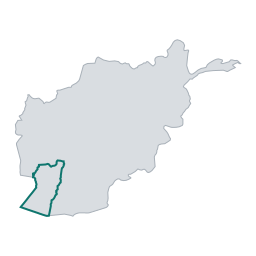 Afghanistan, with Nimroz highlighted
{"feature_id": "AFG-1751", "entity_name": "Nimroz", "entity_type": "Province", "adm_level": 1, "iso_a3": "AFG", "parent_name": "Afghanistan", "parent_adm1": "", "projection": "natural_earth1", "projection_center": [62.416, 30.83], "detail": "fine", "context": "in_parent", "style": "outline", "palette": "teal", "viewbox_px": 256, "rotation_deg": 0, "n_neighbors": 0, "source": "natural_earth", "source_scale": "10m", "svg_char_len": 6131}
<svg xmlns="http://www.w3.org/2000/svg" viewBox="0 0 256 256"><path d="M109.2,61.4L114.7,60.9L118.5,61.6L120.5,63.5L122.4,64.0L124.3,63.1L125.5,62.9L126.0,63.5L126.9,63.8L128.4,63.7L129.2,64.2L129.4,65.3L130.5,66.8L132.5,68.6L134.2,69.0L136.4,67.7L137.2,67.8L137.6,67.4L137.8,66.4L139.1,65.4L141.6,64.5L143.0,63.7L143.5,63.1L144.3,62.9L145.3,63.1L145.9,62.8L146.4,61.9L147.3,61.6L148.0,61.8L151.5,65.0L152.9,66.0L153.5,65.8L155.2,64.0L155.4,62.4L154.8,60.3L155.1,58.6L156.2,57.3L158.3,56.5L161.3,56.2L163.2,56.4L163.9,57.1L164.8,57.4L166.0,57.5L167.1,56.8L168.0,55.2L168.0,53.2L167.1,50.9L167.3,50.1L168.8,49.0L170.4,47.2L171.9,44.9L173.3,42.2L175.1,40.5L177.3,39.8L180.1,40.6L183.3,42.7L184.6,45.4L183.9,48.5L183.9,50.2L184.5,50.6L188.1,50.0L188.6,50.4L188.6,51.3L188.1,52.6L187.6,56.4L186.7,65.6L188.4,71.1L189.5,73.3L190.6,74.0L191.7,74.2L192.7,74.0L194.9,72.6L198.1,70.0L201.3,68.4L205.9,67.5L207.4,64.7L209.5,62.9L214.3,60.1L216.9,59.1L218.5,58.9L222.2,59.9L222.5,60.8L222.2,61.7L221.2,62.4L220.9,63.0L221.3,63.4L222.8,63.6L229.3,61.7L230.6,60.0L232.0,59.9L234.8,60.6L236.9,60.4L238.0,61.1L240.6,63.6L239.8,63.7L238.7,63.2L238.0,62.4L235.4,63.5L232.6,65.0L232.7,65.4L235.3,67.6L230.0,70.1L227.6,71.5L227.0,71.5L223.4,70.2L213.2,70.6L205.5,71.4L202.5,72.6L199.7,73.2L198.3,73.9L197.4,75.2L193.2,78.1L192.4,79.1L190.0,79.0L187.6,81.8L184.1,85.1L183.4,86.7L184.0,87.5L186.0,88.7L186.8,89.8L188.3,93.0L188.9,95.3L189.8,96.3L190.3,99.0L189.5,100.5L189.5,101.3L190.7,103.4L190.4,104.0L189.6,105.0L188.2,107.6L185.7,109.5L184.7,111.2L183.0,113.1L182.3,114.7L181.5,115.6L180.7,116.1L181.0,116.9L181.7,118.0L182.9,119.2L182.9,124.1L182.3,125.4L179.2,126.8L176.1,127.3L172.3,127.4L170.9,127.2L165.6,125.4L164.0,126.3L163.7,128.4L166.8,131.9L168.0,133.8L169.4,137.0L170.5,138.7L170.2,140.2L164.8,143.7L161.4,144.0L159.3,144.6L158.2,145.5L157.5,149.1L156.8,150.5L156.8,152.0L156.2,153.8L155.1,155.0L154.3,156.9L155.1,166.6L152.1,170.4L150.3,171.8L148.7,172.5L147.3,172.2L145.5,170.0L144.3,169.2L143.1,169.4L141.9,170.1L139.9,169.9L138.2,169.1L137.4,169.2L136.9,170.0L135.1,171.6L130.7,174.2L128.9,174.3L128.2,175.0L128.5,176.0L129.3,176.8L130.7,177.4L130.8,178.1L128.5,179.4L126.2,180.3L123.6,180.6L120.9,180.1L119.4,179.0L117.8,178.9L116.3,179.7L114.7,181.0L112.6,184.4L109.5,186.5L108.7,188.7L107.8,192.5L108.1,198.1L107.8,200.6L107.1,202.2L107.2,203.5L108.3,204.9L107.9,205.9L107.0,206.9L106.1,207.5L88.9,212.9L86.0,213.0L84.6,212.8L79.6,212.8L77.6,213.2L75.6,213.9L74.1,214.8L72.9,216.2L70.8,215.4L64.4,214.1L46.9,215.9L45.2,215.5L20.7,207.1L35.8,188.1L36.2,186.5L36.3,183.4L35.4,179.3L33.8,177.4L20.5,175.2L20.0,172.0L20.2,170.5L20.0,167.7L20.0,165.6L20.6,162.1L20.7,160.5L16.5,144.7L16.5,143.2L19.0,139.6L22.2,136.0L22.0,135.4L20.4,135.0L18.0,135.0L16.7,134.4L15.7,133.4L15.4,132.0L16.0,129.5L15.4,124.6L17.9,120.4L21.8,120.2L19.8,117.1L19.4,116.8L19.2,116.3L19.4,115.8L20.4,115.6L22.8,113.7L22.9,112.6L24.8,109.7L24.7,108.5L26.0,105.1L25.3,102.9L25.2,101.6L26.6,100.9L27.5,97.7L28.0,96.9L28.1,96.2L27.8,94.9L29.1,94.7L30.3,96.3L32.2,98.0L33.4,98.5L34.9,98.8L38.4,98.2L39.1,98.3L42.7,101.3L43.3,102.1L43.6,103.3L44.2,103.6L45.4,102.4L46.6,102.0L49.0,102.4L50.2,102.0L56.0,98.3L56.4,95.9L56.9,94.5L57.7,93.8L56.8,91.0L57.1,90.5L57.9,90.2L59.8,90.2L68.6,87.3L70.9,87.3L71.4,87.0L71.5,86.2L72.2,85.3L76.3,83.1L78.7,80.9L79.6,79.2L83.4,65.5L85.5,64.3L87.6,63.5L94.9,63.2L96.2,59.0L96.8,58.0L98.1,57.0L103.5,60.0L109.2,61.4Z" fill="#d9dde1" stroke="#a8b0b8" stroke-width="1"/><path d="M20.7,207.1L21.6,205.9L22.9,204.4L25.4,201.3L26.7,199.7L27.6,198.5L29.3,196.3L30.6,194.7L32.5,192.4L34.5,189.8L35.8,188.1L36.1,187.8L36.0,187.7L36.1,187.3L36.1,187.2L36.1,185.8L36.1,185.6L36.4,185.0L36.5,184.5L36.5,184.2L36.4,183.8L36.2,183.1L35.9,182.5L35.9,182.3L35.9,181.7L35.7,181.3L35.3,180.6L35.2,180.2L35.1,179.8L35.3,178.9L35.1,178.6L34.6,177.8L34.3,177.6L33.9,177.4L33.0,177.3L33.0,177.1L33.2,176.7L33.3,176.5L33.3,176.4L33.2,176.1L33.3,176.0L33.3,175.8L33.4,175.7L33.2,175.5L33.1,175.4L33.0,175.0L33.0,174.8L33.2,175.0L33.3,175.0L33.3,174.9L33.4,175.0L33.5,175.1L34.0,174.8L34.1,174.6L34.1,174.4L34.0,174.2L33.9,174.0L33.8,173.7L33.8,173.4L33.9,173.2L34.0,173.2L34.5,173.2L34.9,173.0L35.4,172.3L36.1,170.9L36.5,170.4L36.8,170.2L37.2,169.6L37.4,169.4L37.6,169.2L37.6,168.9L37.5,168.5L37.4,168.1L37.4,167.9L37.5,167.6L37.6,167.4L38.7,166.8L39.0,166.6L39.0,166.4L39.0,166.2L38.9,165.8L38.9,165.5L38.8,165.4L38.8,165.2L38.9,164.9L45.5,164.5L47.3,164.0L47.5,163.9L47.9,164.0L48.4,164.1L48.6,164.1L48.8,164.3L49.5,165.1L50.7,166.5L50.9,166.6L51.1,166.7L51.4,166.5L51.5,166.4L53.0,165.8L54.0,165.8L54.9,165.5L55.1,165.4L55.7,165.0L56.0,164.7L56.2,164.4L56.4,164.2L56.5,164.0L56.5,163.8L56.6,163.6L56.6,162.1L56.7,161.9L56.8,161.4L56.9,161.2L57.1,161.0L57.4,160.6L57.5,160.5L57.7,160.4L57.8,160.4L58.6,160.6L60.3,160.7L63.2,161.5L63.6,161.4L63.7,162.1L63.7,162.4L63.7,162.6L63.8,162.8L63.9,163.0L64.0,163.2L64.0,163.3L64.2,163.7L64.2,163.8L64.2,164.0L64.0,164.3L63.7,164.5L63.7,164.8L63.8,165.2L63.8,165.4L63.7,165.7L63.1,166.9L62.9,167.3L62.7,167.5L62.0,168.1L61.7,169.2L60.8,175.5L60.8,177.5L60.6,177.9L60.3,178.3L60.2,178.7L60.5,179.4L60.7,179.7L60.7,179.8L60.8,180.0L60.7,181.9L60.7,182.1L60.7,182.4L60.4,182.8L60.1,182.9L59.9,183.0L59.1,184.5L58.9,184.9L58.8,185.1L58.5,185.4L58.3,185.5L57.7,185.8L57.5,186.1L57.6,186.8L57.6,188.1L57.7,189.1L57.7,189.4L57.5,189.5L57.2,189.7L57.1,189.8L56.9,190.0L56.4,190.7L56.2,190.9L56.1,191.0L56.2,191.4L56.4,191.5L56.6,191.7L56.6,191.8L56.2,192.5L56.2,192.8L56.3,192.9L56.4,193.1L56.6,193.4L56.7,193.5L56.8,193.7L56.8,193.8L56.8,194.0L56.7,194.2L56.5,194.5L55.6,195.1L55.4,195.4L55.2,195.8L55.0,196.4L54.6,197.2L54.0,198.3L53.5,198.9L52.8,199.6L52.3,199.9L52.1,200.0L51.8,200.1L51.7,200.1L51.5,200.3L51.5,200.5L51.5,201.5L51.4,202.9L51.3,203.2L51.2,203.4L50.8,204.0L50.7,204.2L50.7,204.4L50.8,205.3L50.8,206.1L48.9,215.7L46.9,215.9L45.2,215.5L43.7,215.0L42.4,214.6L41.0,214.1L39.7,213.7L38.4,213.2L37.0,212.7L35.7,212.3L34.4,211.8L33.0,211.4L31.7,210.9L30.4,210.5L29.0,210.0L27.7,209.6L26.4,209.1L25.0,208.6L23.7,208.2L22.4,207.7L21.2,207.3L20.7,207.1Z" fill="none" stroke="#0f766e" stroke-width="2"/></svg>